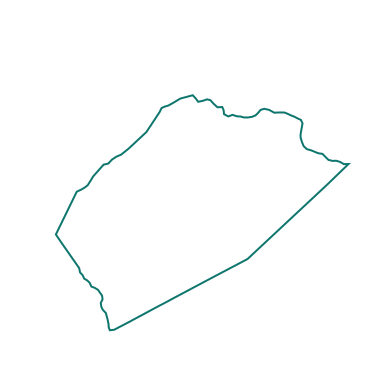 Fátima, Bahia, Brazil (orthographic projection), rotated 56°
{"feature_id": "56859067B62800644431285", "entity_name": "Fátima", "entity_type": "district", "adm_level": 2, "iso_a3": "BRA", "parent_name": "Brazil", "parent_adm1": "Bahia", "projection": "orthographic", "projection_center": [-38.212, -10.587], "detail": "fine", "context": "isolated", "style": "outline", "palette": "teal", "viewbox_px": 384, "rotation_deg": 56, "n_neighbors": 0, "source": "geoboundaries", "source_scale": "gbopen_adm2", "svg_char_len": 1358}
<svg xmlns="http://www.w3.org/2000/svg" viewBox="0 0 384 384"><g transform="rotate(56 192 192)"><path d="M260.7,337.4L262.7,333.5L263.6,325.5L264.8,314.7L265.2,310.4L267.0,292.7L268.0,282.7L268.6,277.8L269.7,266.6L274.5,221.2L278.6,183.4L268.6,120.7L261.5,75.9L256.3,46.6L253.8,50.5L249.9,52.4L246.9,54.8L244.7,58.2L241.7,60.9L237.4,61.8L233.4,62.5L230.3,65.8L224.4,69.7L220.7,72.8L216.5,73.8L212.1,72.9L208.0,71.7L205.2,70.0L200.8,65.8L196.9,62.0L193.2,61.4L190.0,63.3L186.7,65.1L184.1,66.9L180.7,69.0L178.0,70.7L175.3,74.5L172.2,79.5L167.1,82.1L163.4,85.6L162.3,89.2L163.4,93.0L164.0,96.6L163.2,100.4L161.4,104.1L159.2,107.3L156.4,109.7L154.5,112.3L150.7,115.3L149.6,119.7L145.4,121.9L141.7,120.0L138.5,119.4L136.0,123.5L131.1,124.7L126.2,125.4L123.6,127.7L122.6,131.6L120.7,136.4L116.6,136.6L112.2,137.3L108.0,149.5L107.6,157.4L107.1,163.3L105.9,167.0L105.4,170.3L107.6,174.1L116.8,196.3L120.6,220.3L121.4,229.8L120.4,235.1L120.4,240.2L121.6,245.6L119.9,250.0L123.8,265.2L126.2,270.4L128.1,274.8L128.3,278.6L128.1,282.2L127.3,287.4L151.1,328.6L160.6,328.6L192.0,328.1L196.1,329.8L199.7,329.2L203.5,329.8L206.8,328.3L210.0,327.6L214.1,328.3L217.1,326.2L220.7,324.6L224.4,324.6L227.6,324.5L231.0,326.2L233.0,329.7L236.8,331.5L239.9,331.8L244.2,331.1L249.8,333.0L254.9,335.1L257.6,336.7L260.7,337.4Z" fill="none" stroke="#0f766e" stroke-width="2"/></g></svg>